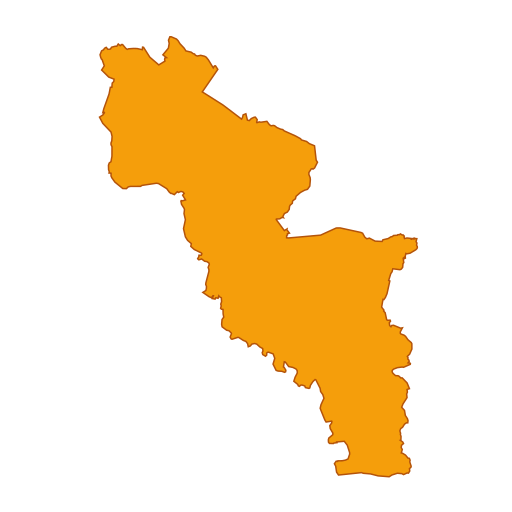 El Grullo, Jalisco, Mexico (orthographic projection), rotated 5°
{"feature_id": "50627088B46510877270516", "entity_name": "El Grullo", "entity_type": "district", "adm_level": 2, "iso_a3": "MEX", "parent_name": "Mexico", "parent_adm1": "Jalisco", "projection": "orthographic", "projection_center": [-104.189, 19.796], "detail": "fine", "context": "isolated", "style": "filled", "palette": "amber", "viewbox_px": 512, "rotation_deg": 5, "n_neighbors": 0, "source": "geoboundaries", "source_scale": "gbopen_adm2", "svg_char_len": 6073}
<svg xmlns="http://www.w3.org/2000/svg" viewBox="0 0 512 512"><g transform="rotate(5 256 256)"><path d="M357.3,467.0L380.0,462.6L381.8,463.1L389.0,463.1L396.8,464.4L407.9,464.3L410.5,462.3L415.7,460.1L420.4,460.1L422.0,460.9L425.4,459.0L426.8,459.0L427.9,456.8L427.4,454.4L428.7,453.1L428.9,451.9L427.1,447.7L427.3,446.0L426.4,444.2L425.0,444.1L422.3,441.3L419.3,439.8L417.9,439.5L418.6,436.0L417.3,434.1L417.5,431.8L419.3,430.0L418.4,428.5L415.9,427.0L416.4,426.8L416.2,423.1L415.3,420.9L415.5,420.0L414.5,417.7L415.2,415.3L416.9,413.9L418.6,410.6L420.5,409.0L421.7,409.0L421.8,406.8L421.0,404.8L418.7,401.9L417.4,396.9L414.3,394.0L415.3,390.6L418.8,383.9L418.1,380.3L418.7,378.4L418.1,375.8L420.4,374.8L417.6,369.3L412.3,364.7L410.6,364.8L409.5,363.6L408.0,362.9L405.4,363.0L402.7,361.0L401.7,359.5L401.7,358.1L402.9,356.7L406.6,354.9L411.2,353.9L412.7,354.0L419.1,350.5L419.2,349.7L418.7,349.2L416.8,349.2L417.8,347.6L417.3,346.3L416.2,345.4L416.3,344.1L415.5,342.8L417.6,340.4L419.4,335.1L418.9,329.8L418.2,328.7L414.6,326.1L412.0,323.0L410.3,321.9L407.2,321.1L406.4,320.3L406.4,318.9L408.1,314.8L406.4,315.3L399.0,313.0L397.2,313.4L396.6,314.7L395.2,313.6L394.6,310.9L395.7,309.2L395.2,308.2L392.7,308.6L391.7,308.0L389.6,301.2L388.0,299.8L388.2,298.8L385.6,296.0L386.3,288.1L387.2,288.3L388.5,286.1L389.8,282.1L391.5,269.2L390.3,268.8L391.8,261.8L392.9,259.9L393.4,256.8L400.6,257.1L401.9,256.4L403.1,254.5L403.1,250.8L403.8,249.7L402.8,245.4L403.7,244.5L404.2,245.6L405.0,245.1L404.7,243.2L405.1,240.4L406.0,240.7L409.2,239.8L414.6,235.9L415.7,234.6L416.0,233.5L415.8,232.4L415.0,231.3L415.2,229.1L414.2,227.8L414.7,224.7L413.0,224.8L412.6,224.4L411.9,225.4L411.1,224.6L409.6,225.8L408.8,225.5L408.9,225.0L404.8,224.9L402.4,225.7L401.8,223.9L402.0,223.3L400.8,222.2L399.8,222.3L397.9,221.4L397.1,222.2L395.4,222.4L395.0,223.0L391.2,223.6L390.2,224.7L388.6,225.2L386.1,227.1L381.0,228.8L380.4,230.5L373.4,230.8L367.4,228.3L364.9,229.2L362.8,227.8L360.2,224.0L358.5,223.4L337.4,220.7L333.5,221.1L318.5,229.6L286.8,235.2L284.9,235.2L284.8,232.9L285.5,232.3L285.4,231.0L287.3,230.3L284.4,227.1L284.5,226.4L282.0,228.2L273.0,218.0L273.1,217.4L276.4,216.9L278.6,215.3L279.9,215.4L279.5,215.0L279.5,213.9L280.6,211.2L283.4,209.5L285.0,206.7L285.1,203.7L285.6,202.4L287.6,200.3L287.6,198.4L288.1,197.5L290.3,195.6L290.7,193.0L294.8,188.8L298.7,186.2L301.5,185.1L303.5,181.7L303.5,175.3L303.1,173.2L301.6,170.2L301.4,168.2L303.5,164.4L304.6,164.1L305.2,164.5L306.7,163.2L309.1,157.2L307.6,155.3L304.7,141.1L299.3,139.4L296.4,137.5L291.1,136.4L290.2,135.3L285.0,133.0L273.2,128.9L271.6,127.7L269.5,127.5L265.6,126.2L263.2,124.6L261.8,124.4L259.7,125.0L257.9,124.0L255.1,120.9L249.2,122.3L247.6,122.1L245.3,123.1L245.0,122.8L245.3,120.0L243.3,117.7L242.1,117.9L239.3,119.5L237.5,121.7L235.6,121.4L233.5,115.2L230.9,116.5L230.5,119.1L229.7,120.9L210.0,108.5L188.2,97.2L201.7,73.4L199.1,70.1L198.0,70.3L197.0,72.3L191.5,64.8L189.1,62.3L187.4,61.5L183.4,60.9L180.1,61.9L178.1,61.3L177.2,60.1L175.9,60.0L173.7,58.6L168.3,57.8L166.3,55.2L161.7,51.1L159.7,48.4L157.9,46.8L152.5,45.0L151.1,45.1L150.0,48.6L151.0,51.8L150.6,56.6L145.7,63.7L149.5,66.2L148.1,66.5L147.8,67.9L148.3,69.8L142.5,74.1L132.9,67.2L125.8,57.9L124.8,57.8L124.7,60.4L119.5,59.7L116.0,59.9L111.0,60.7L109.7,61.4L108.1,60.4L104.7,57.0L103.4,57.1L102.7,58.2L102.2,58.2L100.3,56.8L99.0,59.2L97.4,59.3L93.9,60.6L93.0,62.4L92.1,62.8L90.3,63.0L88.7,61.2L88.0,61.5L86.9,62.4L86.2,63.8L84.3,65.1L83.1,69.1L83.9,71.5L84.8,73.3L85.5,73.6L88.3,79.8L86.0,84.2L93.7,90.6L99.2,92.2L99.1,94.6L97.7,96.3L97.7,100.5L96.2,100.6L95.5,107.4L91.6,122.4L90.9,126.5L92.1,126.0L92.5,126.5L91.1,128.9L88.0,131.3L91.8,137.2L100.8,145.2L102.2,149.4L102.3,153.8L101.7,156.1L101.9,157.8L103.0,159.6L103.8,169.2L103.3,174.7L101.7,176.1L101.1,178.4L101.6,182.8L102.6,185.2L102.3,186.1L104.4,186.2L104.6,188.9L105.5,190.6L109.0,194.7L117.4,200.4L121.0,200.2L122.8,198.2L125.0,197.6L134.9,196.7L136.3,195.6L150.4,192.2L152.5,192.3L161.2,196.7L164.1,200.0L165.7,201.1L166.5,201.0L169.3,202.0L172.0,198.8L173.1,199.5L175.6,198.2L177.5,198.5L179.0,199.9L177.6,201.8L180.9,206.3L177.6,207.5L176.7,207.3L176.4,207.9L177.3,211.0L180.3,214.9L180.7,216.0L180.6,220.1L182.5,226.0L181.4,235.1L184.0,243.1L186.5,246.4L190.5,249.3L190.2,252.1L193.9,254.9L201.4,257.8L201.9,258.6L201.4,260.0L199.1,260.2L199.1,261.7L198.1,263.7L198.4,264.1L199.4,264.8L202.1,263.7L205.3,265.7L207.7,265.9L209.8,267.2L210.2,268.3L209.3,271.5L210.3,273.8L210.4,275.5L208.4,287.2L208.4,288.8L209.3,290.5L209.4,292.6L209.1,294.7L206.2,296.9L212.7,300.6L215.0,301.4L215.9,300.6L216.6,299.3L217.0,299.3L216.1,302.2L219.0,302.5L219.6,301.1L221.9,301.4L222.4,298.9L223.3,299.9L225.1,300.6L225.7,304.5L225.1,307.0L225.7,308.8L225.3,311.2L226.2,312.0L227.8,312.1L228.3,316.6L229.2,319.7L227.7,322.2L227.7,327.0L228.4,329.5L233.2,332.5L235.6,332.8L237.9,334.7L238.3,335.5L237.3,339.0L238.5,340.8L239.4,341.0L245.1,338.6L246.0,338.7L250.7,341.2L253.4,342.0L255.3,344.1L256.2,347.1L258.2,346.1L259.6,344.1L262.2,343.3L264.4,343.7L267.8,346.3L270.7,347.6L271.2,350.0L270.6,351.7L271.3,353.6L274.2,355.0L275.3,353.8L275.1,351.8L275.8,351.0L276.7,350.7L281.6,352.0L283.6,356.3L282.4,362.2L286.0,368.2L288.0,368.7L291.7,368.6L294.6,369.4L295.6,368.8L295.7,367.2L293.7,364.5L293.0,364.2L293.4,358.9L294.2,359.0L295.4,360.1L298.2,363.3L302.5,363.8L305.6,365.0L307.0,366.5L307.3,369.0L305.5,373.4L304.6,377.5L308.8,380.3L309.4,381.6L310.5,382.1L312.1,380.6L313.5,380.6L315.9,381.2L316.7,382.8L320.3,383.3L321.1,382.7L321.5,380.1L323.6,376.2L325.6,373.9L326.4,374.1L331.4,382.2L332.2,385.4L334.6,388.2L336.1,391.8L333.7,398.5L333.2,402.1L334.2,404.2L338.9,413.4L340.3,415.3L345.8,413.9L346.0,414.2L345.9,415.8L344.3,418.5L345.0,421.5L347.9,425.6L348.1,426.6L348.0,427.4L344.4,431.0L344.1,432.8L344.4,435.1L345.5,436.3L349.4,436.1L349.8,435.6L352.9,434.9L352.6,434.2L360.1,432.9L363.4,436.5L366.3,443.4L366.6,445.1L365.4,450.1L362.8,451.6L359.5,452.5L355.4,452.9L355.2,453.5L353.8,453.4L352.2,456.1L353.7,458.4L355.1,464.3L357.3,467.0Z" fill="#f59e0b" stroke="#b45309" stroke-width="1.5"/></g></svg>